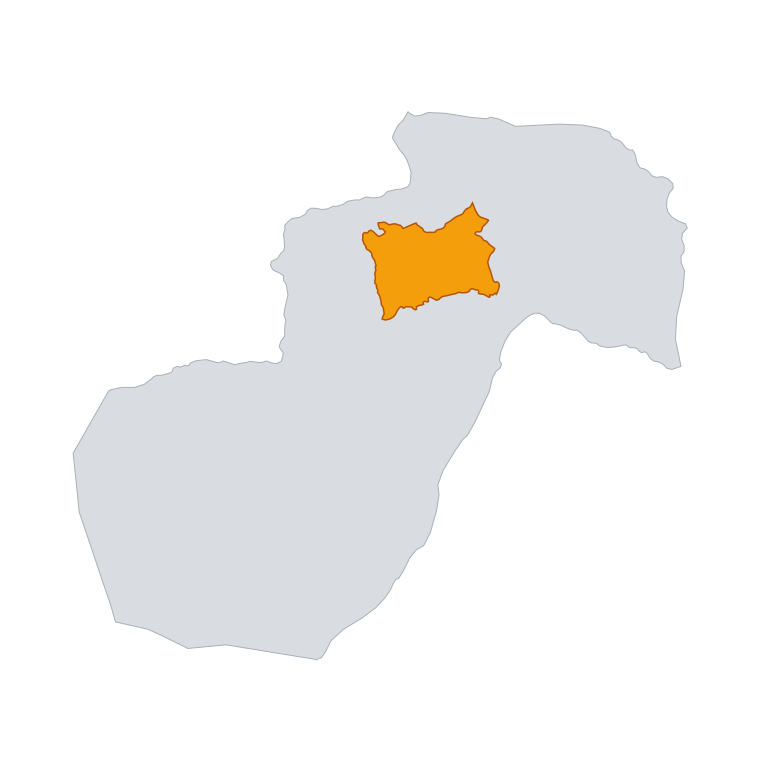 Paraguay, with San Pedro highlighted, rotated 265°
{"feature_id": "PRY-606", "entity_name": "San Pedro", "entity_type": "Department", "adm_level": 1, "iso_a3": "PRY", "parent_name": "Paraguay", "parent_adm1": "", "projection": "natural_earth1", "projection_center": [-56.605, -24.173], "detail": "fine", "context": "in_parent", "style": "filled", "palette": "amber", "viewbox_px": 768, "rotation_deg": 265, "n_neighbors": 0, "source": "natural_earth", "source_scale": "10m", "svg_char_len": 7891}
<svg xmlns="http://www.w3.org/2000/svg" viewBox="0 0 768 768"><g transform="rotate(265 384 384)"><path d="M402.3,135.3L403.7,140.9L404.5,145.2L406.7,148.2L408.8,152.2L410.9,154.5L412.4,158.3L412.0,162.6L412.9,168.1L414.0,172.9L415.0,174.2L418.1,175.4L419.6,179.8L418.5,182.0L419.0,184.5L420.1,187.0L419.1,189.4L419.6,191.2L421.7,192.8L423.6,198.9L423.8,209.2L421.7,214.8L420.0,219.3L419.6,222.1L420.9,226.1L418.8,230.9L416.2,236.8L416.9,240.8L417.3,244.6L417.5,248.6L418.2,252.4L417.4,256.4L416.5,260.0L416.1,264.0L417.2,268.6L415.3,272.9L414.2,275.9L413.8,278.9L415.7,283.7L420.6,285.7L424.4,286.2L428.0,283.7L430.8,282.9L435.9,285.2L440.5,289.3L446.5,289.8L451.8,290.5L455.8,291.8L461.7,290.3L467.9,291.8L475.1,294.1L481.0,296.1L487.0,295.6L491.4,295.3L496.1,293.0L500.5,293.3L503.9,289.3L505.8,285.7L507.5,283.2L512.4,281.2L515.8,282.4L518.5,289.0L523.4,292.8L525.3,295.6L528.9,296.8L536.8,297.1L541.6,296.8L547.1,298.9L550.7,298.9L553.9,302.4L556.9,306.7L557.3,314.5L560.0,320.6L563.6,322.8L565.5,326.6L564.9,331.9L563.2,337.2L563.4,343.0L565.3,348.3L565.3,353.6L566.5,358.9L569.1,363.5L569.9,370.8L569.5,376.1L571.1,379.2L571.8,383.5L570.7,387.0L570.3,391.8L570.5,396.1L571.7,399.6L575.5,404.2L576.6,412.2L576.6,417.8L578.2,424.4L581.4,427.4L586.5,428.4L592.4,429.4L599.5,427.9L605.9,426.1L609.5,424.4L616.5,419.6L622.6,416.8L625.8,415.0L628.7,413.8L634.8,416.8L640.5,420.6L644.9,425.9L653.1,431.7L651.5,433.1L648.2,437.9L648.3,443.5L650.6,451.5L648.4,468.4L641.9,494.4L639.3,509.5L640.4,513.7L638.0,521.3L629.2,537.5L628.8,548.5L627.6,581.3L624.6,604.5L619.7,621.6L615.2,630.7L611.1,631.9L608.2,634.6L606.5,638.9L603.2,642.5L598.4,645.4L595.8,648.6L595.4,652.1L590.8,654.3L582.1,655.3L577.0,658.0L575.4,662.6L572.5,666.1L568.2,668.8L566.1,673.2L566.3,679.4L563.8,684.6L558.7,689.0L553.9,689.2L549.5,685.0L543.7,682.2L536.3,680.9L530.2,681.9L525.3,685.4L520.9,690.9L517.2,698.4L512.9,699.7L508.3,694.6L502.4,693.1L495.3,695.1L489.7,694.4L485.4,691.0L479.0,690.6L470.3,693.3L452.6,690.2L425.9,681.5L403.4,678.2L375.7,681.4L373.4,672.3L374.8,667.4L379.3,663.7L382.1,659.6L383.2,654.9L386.3,651.4L391.3,648.9L393.5,646.4L392.7,643.9L393.8,641.7L396.7,639.8L398.3,636.8L398.7,632.6L399.8,630.6L401.7,629.0L401.9,626.2L400.8,617.3L400.9,610.0L402.3,604.4L404.0,601.0L405.2,600.1L406.3,598.1L406.7,594.7L408.5,591.5L417.3,584.9L420.7,581.4L420.9,578.2L422.3,573.8L427.5,564.4L429.1,560.0L429.2,557.7L431.1,555.5L437.4,550.2L440.8,545.3L441.4,540.7L439.8,535.4L436.2,529.6L424.9,514.9L416.1,508.2L404.8,502.7L397.4,501.0L393.8,502.9L390.2,501.4L386.5,496.4L380.4,492.5L367.3,488.2L337.7,471.0L325.8,462.8L321.8,457.6L310.7,448.5L292.5,435.2L278.6,428.8L268.9,429.2L253.3,425.3L231.9,417.2L219.5,409.4L216.1,401.8L208.2,394.3L195.6,386.7L189.1,381.6L188.6,379.2L184.8,376.1L177.9,372.2L170.2,365.6L161.8,356.2L152.8,341.7L143.1,322.1L132.9,308.9L122.0,302.1L116.5,297.5L116.5,295.3L114.9,293.2L116.3,289.4L120.0,274.5L125.5,252.9L131.2,230.5L137.9,204.1L137.8,185.4L137.6,165.7L147.4,149.5L154.4,137.9L160.4,127.0L166.4,108.2L170.4,95.7L186.2,92.8L212.9,86.2L226.3,83.0L254.4,76.2L283.0,69.2L313.1,68.8L342.1,68.3L364.7,83.9L381.9,95.8L400.9,108.9L402.2,111.7L403.5,122.7L402.3,135.3Z" fill="#d9dde1" stroke="#a8b0b8" stroke-width="1"/><path d="M556.7,487.9L549.2,490.1L544.1,492.4L542.8,493.6L541.8,494.8L539.0,500.9L538.5,501.8L537.9,502.3L537.4,502.0L534.4,499.0L532.3,496.3L531.8,495.9L531.4,495.7L528.5,494.5L527.9,494.0L527.4,493.5L527.3,492.9L527.2,492.3L527.3,491.7L527.5,490.5L527.5,489.7L527.2,488.8L526.4,488.0L525.8,487.9L525.1,488.3L524.5,489.0L524.0,489.8L523.6,490.8L523.2,491.7L522.7,492.7L521.8,493.7L519.1,495.4L518.4,496.1L518.0,496.9L517.7,497.7L517.2,498.5L516.6,499.2L514.7,500.4L514.0,500.9L509.4,506.1L507.0,505.0L506.7,504.7L506.4,504.5L504.0,501.6L502.9,500.8L497.0,498.1L496.0,498.0L491.7,498.6L488.2,499.7L478.1,501.7L477.3,502.0L476.8,502.3L476.2,502.7L476.0,503.0L475.9,503.2L475.8,503.7L475.8,504.1L475.8,504.4L475.9,504.9L475.9,505.2L475.9,505.5L475.8,505.9L475.4,506.3L474.7,506.9L473.4,507.4L472.3,507.5L471.1,507.3L468.9,506.6L464.7,504.5L463.6,503.6L464.5,503.3L464.8,502.8L464.5,502.2L463.8,501.3L463.2,500.4L463.2,499.7L463.4,499.0L463.6,498.1L463.4,496.9L463.0,497.0L462.4,497.4L461.9,497.3L461.3,496.6L461.3,496.2L464.6,491.2L465.6,486.9L465.8,486.3L466.5,486.0L467.1,486.1L467.6,486.4L468.4,486.3L469.4,485.5L469.7,484.3L470.0,482.9L471.4,479.8L470.9,478.6L469.9,477.7L469.1,477.1L468.6,476.1L468.2,475.2L467.9,474.1L467.9,472.6L468.1,469.5L468.7,467.0L468.8,466.3L468.1,464.4L467.8,463.3L467.1,457.8L466.6,455.6L466.2,450.8L466.0,449.9L465.3,448.4L464.8,447.6L463.6,446.2L463.3,445.6L463.1,445.0L463.0,444.0L463.0,443.5L463.1,443.2L463.3,442.8L464.5,441.3L465.0,440.1L466.1,438.6L466.7,437.1L465.7,435.6L465.1,435.4L462.8,435.6L462.2,435.3L461.9,434.7L462.0,433.9L462.4,433.2L462.8,432.0L462.3,430.6L461.3,429.9L460.0,430.4L459.4,428.5L459.2,426.5L458.9,424.6L457.8,423.0L457.1,422.9L456.3,422.9L455.5,422.8L455.2,422.2L455.4,421.3L455.8,420.6L456.3,420.0L456.5,419.6L456.8,419.4L458.2,418.3L458.5,417.5L458.7,415.2L459.1,412.9L459.1,412.3L458.9,411.9L458.4,411.4L458.0,410.9L457.8,410.2L458.0,409.6L459.1,409.1L459.5,408.4L459.5,407.6L459.2,407.0L458.2,405.7L456.3,403.9L451.7,401.0L449.9,398.9L448.3,395.5L448.1,394.5L448.0,393.6L447.7,392.0L447.7,391.1L447.9,390.3L448.4,388.8L448.6,387.9L450.2,388.2L451.0,388.6L451.3,388.7L451.6,388.9L453.2,389.9L453.5,390.0L454.3,390.2L454.7,390.3L458.9,389.9L459.1,390.0L459.6,389.9L460.3,389.8L461.5,389.2L462.6,388.6L463.1,388.4L463.8,388.3L466.8,388.3L471.3,387.5L474.1,386.5L474.6,386.2L474.9,386.0L475.1,385.8L475.5,385.6L476.0,385.6L476.6,385.7L477.1,385.8L477.6,386.0L478.1,386.0L478.5,385.9L479.8,385.3L480.7,385.0L481.3,384.9L482.9,385.0L483.5,385.0L483.9,384.8L484.3,384.5L484.9,383.9L485.3,383.8L485.8,383.7L487.4,383.9L490.6,384.7L494.3,384.5L495.2,384.6L495.9,384.7L497.4,385.6L498.0,385.7L498.9,385.7L500.6,385.5L501.3,385.5L501.9,385.7L502.3,386.3L502.9,386.3L503.8,386.2L505.9,385.7L506.8,385.6L507.4,385.6L507.9,385.4L510.7,383.8L513.3,383.1L513.8,383.1L514.2,383.2L514.6,383.2L515.1,383.1L516.6,382.3L517.5,381.4L518.4,380.6L518.9,379.7L519.7,378.6L521.7,377.7L522.4,378.2L522.7,378.1L523.2,377.8L523.9,377.2L525.4,376.3L526.6,376.0L528.0,375.8L528.7,375.6L529.3,375.2L529.6,375.2L530.6,375.5L531.4,375.7L534.1,375.8L535.1,376.1L535.6,376.5L536.1,377.0L536.4,377.5L536.6,378.0L536.5,378.4L536.4,378.9L536.0,379.7L536.0,380.1L536.0,380.5L536.3,381.0L537.4,382.0L537.7,382.3L537.9,382.8L538.1,383.3L538.2,383.8L538.2,384.0L538.2,384.4L538.0,384.9L537.6,385.5L537.1,386.2L531.8,391.0L531.5,391.4L531.6,391.9L531.7,392.6L532.0,393.6L532.5,394.9L533.7,397.1L534.5,398.1L535.1,398.6L535.4,398.6L535.8,398.4L536.8,397.5L537.2,397.2L537.9,396.8L538.3,396.5L538.5,396.2L538.7,395.7L538.8,395.0L538.7,393.9L538.8,393.5L539.1,393.2L539.6,393.0L543.5,392.1L544.4,392.1L545.1,392.2L545.2,392.5L545.2,392.9L545.1,393.7L545.0,394.7L545.2,397.5L545.2,398.0L545.1,398.4L544.7,399.5L544.3,400.1L543.6,400.9L542.2,403.0L542.1,403.4L542.1,403.7L542.4,404.9L542.6,406.8L542.6,408.7L542.5,409.2L542.4,409.6L542.1,410.4L541.0,412.7L540.7,414.0L540.4,414.4L538.3,416.1L537.7,416.4L537.2,416.5L541.1,428.1L541.4,429.8L541.3,430.4L540.9,430.3L540.7,430.2L540.5,430.3L540.2,430.4L539.9,430.6L539.0,431.6L538.1,432.8L536.7,434.4L535.9,435.6L535.6,435.8L535.3,436.0L533.7,436.4L533.4,436.5L533.1,436.7L532.9,437.0L531.6,438.8L531.4,439.2L531.1,440.4L531.2,442.1L530.8,445.6L530.8,447.1L530.9,448.1L532.3,449.4L532.6,449.8L532.9,450.5L533.1,451.4L533.3,453.9L533.6,455.0L533.9,456.0L534.3,456.7L534.7,457.3L535.3,457.9L535.8,458.3L536.4,458.6L537.6,459.0L538.1,459.3L538.4,459.7L538.7,460.2L540.1,463.5L543.4,468.7L544.8,471.8L545.7,474.9L546.4,476.6L547.1,477.7L549.0,479.0L550.0,479.9L551.3,481.4L551.8,483.1L552.3,484.2L552.7,485.0L553.3,485.7L556.7,487.9Z" fill="#f59e0b" stroke="#b45309" stroke-width="1.5"/></g></svg>